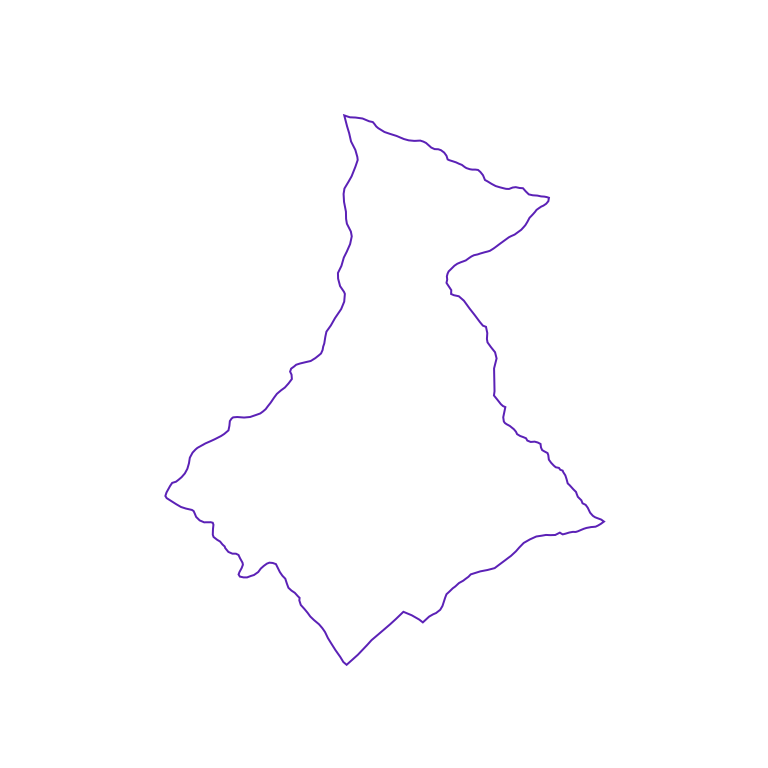 Gesarling, Daga, Bhutan (Equal Earth projection), rotated 54°
{"feature_id": "84629894B4625986798859", "entity_name": "Gesarling", "entity_type": "district", "adm_level": 2, "iso_a3": "BTN", "parent_name": "Bhutan", "parent_adm1": "Daga", "projection": "equal_earth", "projection_center": [89.891, 26.922], "detail": "fine", "context": "isolated", "style": "outline", "palette": "violet", "viewbox_px": 768, "rotation_deg": 54, "n_neighbors": 0, "source": "geoboundaries", "source_scale": "gbopen_adm2", "svg_char_len": 4821}
<svg xmlns="http://www.w3.org/2000/svg" viewBox="0 0 768 768"><g transform="rotate(54 384 384)"><path d="M339.5,613.5L340.8,617.1L343.9,623.7L346.1,626.7L348.6,626.9L352.4,625.4L359.0,622.8L364.2,620.5L368.3,617.5L373.0,613.4L374.9,612.7L377.8,613.3L381.1,614.1L386.0,613.3L390.2,610.8L392.0,608.2L394.0,605.4L395.6,604.1L397.6,604.7L400.8,607.6L405.3,611.1L407.6,611.8L412.1,610.5L415.1,609.2L418.9,609.0L421.8,608.4L423.5,608.9L428.4,608.6L432.1,606.4L434.3,603.5L436.8,602.2L440.4,602.9L445.4,603.5L447.3,604.4L449.2,607.3L451.2,611.5L452.6,613.6L455.1,613.8L457.9,611.3L460.0,608.4L461.1,604.4L462.1,601.5L462.2,596.3L460.9,592.2L460.5,588.2L460.5,584.3L461.2,581.7L463.4,579.2L466.2,577.3L469.7,577.9L475.0,578.8L479.4,578.9L483.5,578.3L488.4,579.9L492.7,581.1L496.7,580.3L500.5,578.9L505.2,578.4L507.4,578.0L509.3,579.7L513.9,581.2L519.4,580.6L524.2,580.3L528.8,580.3L533.8,579.4L540.2,577.8L545.3,577.4L550.0,577.5L556.5,578.7L561.6,579.1L570.8,579.7L579.0,579.8L585.0,580.3L589.2,579.3L587.7,564.4L585.3,551.3L583.9,544.6L583.4,537.9L582.0,520.3L581.1,512.3L579.7,502.2L587.4,497.5L595.2,494.0L599.7,492.7L598.7,484.2L599.2,479.6L599.9,476.5L599.7,471.2L597.9,467.1L595.5,463.8L592.8,460.1L590.8,457.0L590.4,453.3L589.7,448.5L589.7,445.4L589.1,440.4L589.7,435.4L589.6,432.7L589.6,429.0L589.0,425.7L592.2,416.2L595.3,409.6L598.0,402.7L597.9,397.5L597.8,389.2L597.7,385.3L597.7,382.4L596.9,375.6L595.8,370.8L594.7,364.4L595.5,357.2L596.9,350.4L599.5,345.4L601.3,341.7L604.1,338.2L606.8,334.2L607.6,329.1L609.2,328.5L610.7,327.8L611.8,325.1L613.1,321.3L614.6,318.2L616.4,315.8L617.1,313.8L617.9,310.3L618.6,307.4L619.5,304.7L621.5,300.5L622.6,298.7L623.8,296.7L624.3,294.0L624.6,290.9L624.6,286.9L621.3,288.0L617.7,290.4L615.8,291.6L613.4,292.5L609.3,292.9L607.1,292.5L603.9,291.9L602.1,291.9L600.3,291.9L597.2,293.5L594.1,292.7L591.7,293.1L589.2,293.5L586.1,292.7L584.2,292.1L580.6,292.7L575.0,293.3L572.4,293.8L568.2,292.2L564.5,291.0L560.7,290.8L559.1,290.4L557.0,291.8L554.7,291.8L552.3,294.0L549.8,294.6L546.0,295.1L542.1,295.1L538.1,292.9L536.0,292.3L532.5,294.0L530.4,294.9L527.6,294.3L524.5,292.6L521.7,294.0L519.2,296.0L517.1,299.4L514.0,301.3L511.4,301.0L508.9,302.5L506.1,304.4L502.8,305.8L500.2,305.3L497.0,305.5L491.8,306.9L488.7,308.4L486.7,309.1L484.8,309.1L481.0,307.1L474.0,299.4L471.8,300.7L469.1,301.3L463.7,301.5L457.9,301.8L454.9,298.9L447.6,293.8L436.1,285.8L429.5,277.9L423.6,275.5L417.0,275.8L411.2,275.8L408.1,274.3L403.5,270.5L397.7,267.9L394.9,269.7L390.3,270.0L381.9,270.1L373.5,270.4L363.6,270.4L357.0,271.9L353.2,275.3L350.6,276.8L347.6,274.4L340.7,274.1L338.9,274.0L336.7,271.5L333.9,269.9L332.1,267.7L330.9,265.5L330.5,262.7L330.1,260.1L329.7,257.5L329.8,254.0L330.7,250.1L331.3,248.1L332.1,245.2L332.1,241.0L332.2,238.3L332.7,235.5L334.2,232.1L335.0,229.5L336.6,225.1L337.8,222.1L338.5,220.0L338.8,215.6L338.7,207.2L338.7,200.8L338.7,196.7L339.1,194.2L339.9,190.5L339.9,186.7L339.9,182.4L339.2,178.9L338.6,176.3L337.2,172.9L335.1,168.6L334.2,163.6L333.5,160.5L332.8,158.3L332.8,155.6L332.9,152.5L333.4,150.2L333.5,146.8L332.7,143.6L330.3,141.1L328.4,142.5L326.6,144.2L324.6,146.6L321.7,149.2L318.7,152.8L315.7,155.4L311.5,156.1L307.3,156.5L305.1,159.1L302.2,161.7L300.7,164.4L299.7,168.2L297.9,170.5L296.3,171.9L292.9,174.7L289.5,177.3L285.4,179.3L280.8,181.2L278.3,182.4L273.3,181.2L269.1,181.4L266.1,182.1L264.4,183.9L262.5,186.5L260.7,188.3L257.8,190.4L255.9,191.2L252.5,192.2L250.0,193.8L247.1,195.4L244.3,197.4L241.2,199.7L239.7,200.5L236.1,199.3L232.1,199.3L228.3,200.5L226.0,202.1L223.7,205.0L220.5,206.8L213.7,208.3L211.0,209.7L208.4,211.6L205.2,216.5L201.4,220.8L197.4,224.0L190.6,228.1L184.8,232.4L180.4,235.5L176.5,237.1L173.6,238.3L171.1,238.9L168.0,238.9L165.5,239.1L162.7,241.6L156.6,245.3L151.7,250.4L148.2,254.8L143.4,258.3L153.8,262.4L160.7,264.8L168.4,268.1L177.8,269.6L184.6,272.1L187.3,273.6L191.4,279.4L196.9,288.1L199.5,293.8L202.6,301.1L206.5,305.0L213.2,309.3L222.2,313.5L228.1,317.6L232.5,319.8L241.2,321.2L245.6,323.3L250.9,329.2L255.1,336.4L258.1,342.2L263.4,349.0L267.1,356.0L271.8,359.2L279.0,362.0L286.0,362.2L288.1,362.7L294.0,367.8L298.2,374.6L301.9,384.9L305.4,392.6L307.8,399.8L311.4,403.8L316.1,408.5L318.0,411.2L320.4,413.7L322.3,417.0L322.5,419.7L322.7,424.4L322.3,429.8L320.5,434.0L318.1,439.8L316.8,443.7L317.0,446.6L317.0,450.1L318.8,452.7L322.1,453.3L325.8,455.6L327.4,460.8L328.6,466.3L328.6,470.9L329.0,476.4L330.4,480.9L332.5,486.7L333.7,491.0L334.8,494.5L335.1,498.1L335.1,501.4L333.9,505.5L332.0,511.7L328.9,516.9L324.4,522.2L322.3,525.7L322.4,527.7L323.4,530.5L327.0,533.7L330.1,537.1L330.5,542.7L330.3,546.5L329.2,553.4L328.4,557.5L327.1,563.4L326.0,572.4L326.2,575.0L327.0,579.2L329.5,584.4L333.5,588.4L337.0,592.9L339.3,597.7L340.4,602.5L340.7,606.4L340.8,609.7L339.5,613.5Z" fill="none" stroke="#5b21b6" stroke-width="2"/></g></svg>